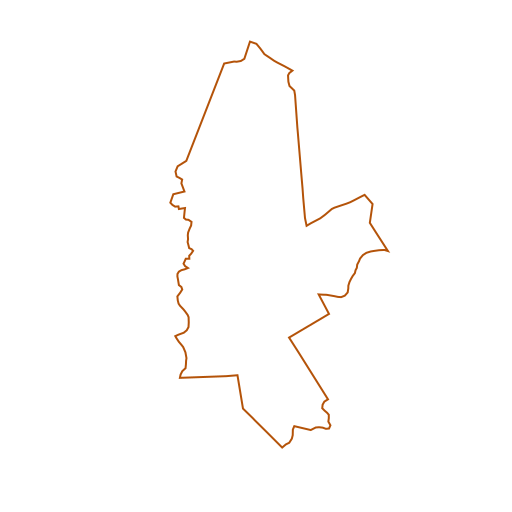 Santa Rita, Maranhão, Brazil (Natural Earth projection), rotated 58°
{"feature_id": "56859067B30412481921116", "entity_name": "Santa Rita", "entity_type": "district", "adm_level": 2, "iso_a3": "BRA", "parent_name": "Brazil", "parent_adm1": "Maranhão", "projection": "natural_earth1", "projection_center": [-44.315, -3.168], "detail": "fine", "context": "isolated", "style": "outline", "palette": "amber", "viewbox_px": 512, "rotation_deg": 58, "n_neighbors": 0, "source": "geoboundaries", "source_scale": "gbopen_adm2", "svg_char_len": 2351}
<svg xmlns="http://www.w3.org/2000/svg" viewBox="0 0 512 512"><g transform="rotate(58 256 256)"><path d="M165.4,300.4L168.4,299.8L171.3,298.4L172.8,295.5L175.3,296.5L176.5,293.6L177.7,290.8L181.1,293.5L185.5,296.9L188.0,296.1L189.5,294.1L192.9,292.6L195.8,294.9L197.5,297.6L200.1,301.1L202.2,302.8L205.7,304.7L207.9,306.6L211.2,307.6L213.9,308.5L216.1,307.0L218.3,306.6L219.7,309.8L220.4,312.5L223.0,314.0L221.1,317.0L222.6,319.2L224.1,321.5L227.0,321.5L230.1,320.1L229.5,323.5L228.5,326.7L228.4,329.7L229.6,332.1L231.7,333.5L234.3,334.5L239.8,336.8L242.7,335.7L245.3,336.3L246.9,339.6L248.6,344.1L252.3,345.9L255.4,346.9L258.0,346.8L260.4,346.3L262.8,345.8L265.4,345.5L269.8,345.2L272.2,345.6L276.8,348.3L280.5,350.9L282.3,354.1L282.8,357.9L282.2,360.7L281.6,363.6L281.2,366.9L283.5,367.0L287.8,366.9L291.9,366.3L294.6,366.0L300.3,366.9L303.3,368.1L305.8,369.1L307.8,370.8L310.7,372.8L313.8,375.2L314.6,379.5L316.6,382.8L319.0,385.1L342.2,344.8L347.3,334.9L378.5,347.9L392.0,344.6L394.6,344.1L410.6,340.3L432.3,335.3L431.6,330.4L432.0,326.8L429.9,322.4L427.4,319.8L422.7,316.7L420.6,313.7L432.6,301.8L433.1,296.2L434.6,293.3L436.9,290.4L439.6,288.3L441.0,285.5L439.0,282.6L434.8,282.4L432.1,280.2L429.2,278.4L426.6,278.8L423.4,279.8L420.2,280.5L417.4,278.3L415.7,275.2L415.7,270.9L360.1,271.0L342.7,271.2L342.9,263.8L343.0,258.8L343.8,224.8L321.8,223.2L324.3,219.7L326.3,216.7L331.5,210.9L334.1,208.2L336.0,205.6L336.7,201.7L335.5,197.6L332.4,194.9L330.1,193.4L327.6,190.5L325.8,187.6L324.2,184.6L322.9,181.2L320.8,179.1L319.5,176.8L316.9,174.7L315.0,171.4L313.3,169.1L311.9,164.9L311.8,160.7L313.0,156.2L314.3,153.1L316.3,148.6L318.9,143.9L321.7,141.5L299.5,141.8L288.2,141.9L273.7,129.6L261.7,131.5L261.3,135.8L260.7,143.4L260.3,147.7L259.5,151.8L258.3,156.7L257.3,160.9L256.6,163.9L256.3,166.8L257.6,175.5L258.1,181.6L257.3,192.1L257.2,197.1L249.7,194.3L231.8,185.2L223.5,180.8L210.4,174.1L174.2,155.5L168.7,152.7L140.2,137.6L136.0,135.9L129.6,137.5L125.4,136.2L122.1,134.4L119.8,133.1L118.5,130.8L118.1,126.9L109.8,131.5L103.3,135.4L100.0,137.2L95.1,139.3L89.4,141.9L82.5,142.4L76.3,143.2L71.0,147.5L82.6,161.4L82.6,165.5L81.0,169.5L79.5,171.5L75.9,181.0L118.4,237.9L138.4,264.7L138.4,274.9L141.7,279.5L146.5,281.2L149.1,279.6L152.0,278.1L154.9,280.8L163.4,282.5L159.8,293.4L165.4,300.4Z" fill="none" stroke="#b45309" stroke-width="2"/></g></svg>